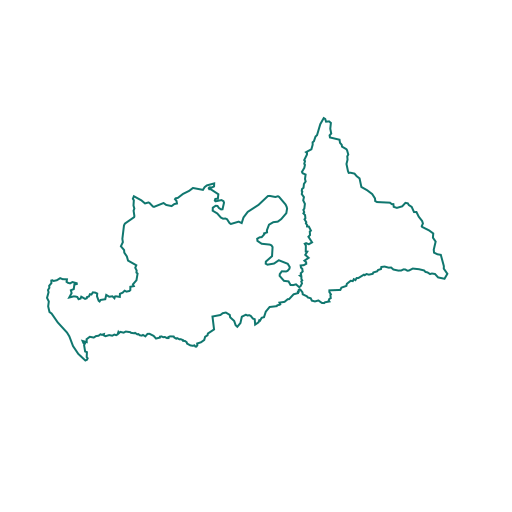 outline of Lehlakaneng, Mafeteng, Lesotho, rotated 288°
{"feature_id": "5366337B94978153293499", "entity_name": "Lehlakaneng", "entity_type": "district", "adm_level": 2, "iso_a3": "LSO", "parent_name": "Lesotho", "parent_adm1": "Mafeteng", "projection": "equal_earth", "projection_center": [27.647, -29.815], "detail": "fine", "context": "isolated", "style": "outline", "palette": "teal", "viewbox_px": 512, "rotation_deg": 288, "n_neighbors": 0, "source": "geoboundaries", "source_scale": "gbopen_adm2", "svg_char_len": 6133}
<svg xmlns="http://www.w3.org/2000/svg" viewBox="0 0 512 512"><g transform="rotate(288 256 256)"><path d="M408.1,277.8L401.3,276.4L389.8,276.7L388.0,275.7L383.0,275.6L381.6,274.7L379.4,275.5L374.6,275.7L370.2,271.5L369.7,272.7L368.2,273.1L362.1,272.2L361.4,273.3L358.6,273.4L357.8,274.4L354.7,274.7L350.2,273.7L349.1,274.8L348.8,278.0L344.4,278.8L342.2,280.2L339.4,279.3L335.6,280.1L333.9,279.1L332.0,279.4L331.6,280.1L329.0,280.4L326.8,283.4L323.5,283.7L320.7,286.4L316.0,287.3L314.5,286.8L312.6,288.3L311.2,287.9L310.1,290.0L307.2,291.3L305.9,290.8L303.7,293.4L302.5,293.3L301.2,295.1L299.9,295.4L300.3,297.2L297.1,300.4L295.9,299.6L292.6,300.9L290.5,299.9L286.3,305.1L283.5,302.6L283.7,299.7L282.7,298.6L281.3,300.2L275.7,301.9L276.0,303.4L272.3,302.5L270.5,306.6L266.5,303.5L265.6,305.6L264.1,306.2L262.0,304.2L260.8,301.4L258.8,302.4L258.2,303.9L255.7,305.2L253.4,303.9L251.7,304.9L250.9,303.9L250.3,305.6L248.1,306.3L247.1,307.5L245.8,306.9L244.2,308.2L241.1,307.7L239.7,306.7L241.4,302.8L239.8,300.3L239.1,297.8L241.9,294.8L241.0,290.3L244.4,284.6L246.2,284.2L249.4,285.3L250.6,289.4L251.6,290.6L254.2,291.7L255.9,291.5L258.4,288.6L259.0,279.0L254.4,275.5L251.3,269.6L251.7,267.6L253.7,267.1L260.8,271.3L269.6,269.0L270.9,267.4L271.1,265.6L269.4,257.6L270.8,252.7L272.8,251.8L274.9,253.7L275.7,255.6L279.3,257.2L280.0,256.7L281.9,259.2L283.8,258.4L289.8,258.7L293.5,262.0L295.4,266.1L298.9,268.6L306.1,271.6L310.7,270.9L312.3,269.9L314.1,268.2L319.4,259.6L319.6,258.4L318.1,256.2L317.4,250.6L316.7,248.8L305.4,242.6L295.4,234.5L288.8,232.2L282.9,232.2L283.3,228.9L278.7,222.2L279.1,220.7L282.0,217.1L282.2,215.4L281.3,213.1L281.7,210.7L284.5,206.0L285.7,200.8L288.6,200.0L291.3,202.1L291.7,203.9L290.2,205.9L289.5,208.4L290.1,209.7L296.8,209.1L298.1,208.1L298.5,205.9L295.5,200.6L296.0,199.7L297.7,199.7L298.8,202.0L303.1,201.1L305.5,192.3L305.1,190.9L305.9,190.1L306.9,190.5L307.5,192.8L309.2,194.6L312.1,193.8L308.0,187.5L305.7,185.9L302.5,185.1L301.2,175.0L297.3,172.3L292.5,167.4L287.1,163.7L286.0,161.7L285.0,161.4L283.8,163.4L281.5,164.6L280.2,162.3L277.4,160.3L276.8,154.8L277.8,151.7L271.2,143.8L271.2,142.7L273.5,138.4L273.7,137.2L271.7,134.2L273.5,129.8L275.1,121.4L272.4,121.2L271.2,122.6L266.1,123.9L263.6,125.6L261.2,125.6L256.4,128.0L255.3,128.1L246.3,121.3L244.3,121.0L231.0,123.6L228.0,125.1L223.5,124.5L220.9,128.7L218.5,129.7L215.7,133.3L212.1,135.7L210.2,145.0L207.5,144.8L205.3,147.0L203.3,147.4L202.7,148.8L196.0,149.8L191.0,147.7L189.6,149.1L187.9,146.0L184.8,147.0L183.6,146.4L182.1,143.8L182.4,141.8L179.9,140.5L178.0,138.3L175.0,139.1L174.4,135.2L173.9,134.4L172.1,134.4L173.3,131.9L171.9,129.0L172.7,125.6L168.3,126.0L166.2,121.8L164.4,121.3L164.8,120.2L168.6,117.2L171.2,116.6L171.5,114.4L171.0,112.1L168.5,111.4L168.4,109.9L165.9,109.6L164.6,107.9L163.5,108.1L162.4,106.7L163.3,102.4L161.3,102.3L160.1,100.6L161.8,98.7L161.7,97.0L161.3,95.2L158.8,91.2L163.7,92.1L166.2,90.5L168.2,92.9L172.7,92.1L174.0,94.2L174.7,93.9L174.5,89.5L172.5,87.6L172.4,85.4L172.9,83.8L175.4,83.4L174.2,79.3L174.4,76.6L171.4,74.1L169.7,71.2L170.0,69.8L169.4,68.9L166.9,69.8L163.8,68.5L161.9,69.3L159.3,68.7L157.5,69.9L151.6,70.2L148.7,73.0L143.9,73.9L138.9,76.9L138.1,79.4L131.6,87.9L124.8,99.9L121.9,103.3L113.8,109.8L108.0,117.2L103.9,126.0L105.1,127.3L106.7,127.5L107.6,126.2L112.3,124.9L112.4,123.0L118.2,120.0L119.8,120.3L119.9,118.8L121.6,117.3L121.8,121.6L124.5,120.6L127.8,122.9L128.3,126.9L130.4,128.6L131.5,130.9L133.5,132.3L133.4,133.7L134.7,135.5L133.5,135.6L133.2,137.6L135.4,140.8L135.8,143.9L137.5,145.6L137.5,147.5L138.7,148.6L141.1,148.6L140.3,149.5L141.9,150.4L142.2,153.8L143.9,155.5L144.7,159.9L144.3,160.9L144.9,164.2L145.5,164.7L144.8,167.4L145.4,168.3L144.7,169.8L145.0,172.0L146.0,172.9L145.4,175.6L148.4,176.9L149.1,178.7L148.4,183.3L146.6,186.4L148.7,189.8L149.6,189.6L150.3,190.9L150.1,192.9L150.8,194.3L150.4,196.7L150.9,198.1L151.8,197.7L153.0,199.1L154.0,202.6L153.2,203.5L152.7,205.7L153.5,206.3L153.1,209.1L153.6,210.0L153.4,212.7L152.8,212.9L153.2,214.9L152.5,216.8L151.4,217.5L150.7,221.2L151.1,223.8L152.0,225.0L151.1,226.4L151.4,227.3L153.0,227.8L154.6,227.1L156.9,230.3L160.1,232.7L163.5,232.6L165.6,234.4L167.4,234.2L173.2,238.8L185.0,233.3L188.9,240.4L191.3,242.0L192.9,244.8L191.9,249.2L189.7,250.4L187.5,255.3L183.9,258.0L182.9,260.1L187.4,261.9L193.9,261.3L197.0,264.5L196.8,266.4L197.6,267.8L197.4,269.5L195.5,272.4L195.5,274.3L190.5,276.4L193.7,278.9L195.9,279.0L195.7,279.8L199.0,280.5L200.3,282.5L206.1,282.5L211.7,284.7L214.7,291.2L215.7,291.5L216.9,293.5L217.5,294.0L218.9,292.7L221.2,297.3L224.7,299.5L225.2,300.8L231.2,303.6L233.7,307.4L235.0,306.9L235.3,307.7L236.9,307.1L237.7,307.7L237.8,308.5L235.8,311.4L234.0,312.3L233.4,316.9L232.6,318.0L232.7,321.1L230.8,322.9L231.0,326.1L233.0,329.1L231.7,333.2L232.3,335.4L233.3,335.9L235.4,339.8L236.1,338.9L237.8,339.0L239.0,340.1L241.9,338.8L242.7,339.1L244.4,336.9L246.0,336.4L249.8,346.7L252.3,347.0L255.5,351.2L257.6,351.0L261.7,353.7L262.0,355.8L264.2,356.2L263.8,358.0L266.1,358.5L266.6,360.1L271.6,364.4L271.3,365.3L273.0,366.7L273.1,369.1L275.1,372.5L276.6,372.7L278.9,376.0L280.4,376.4L282.2,378.9L284.3,378.6L285.7,381.6L285.9,385.8L286.8,388.1L285.6,390.8L286.1,395.8L287.0,398.5L288.9,400.5L289.3,402.2L288.8,404.5L289.4,405.9L292.5,409.0L293.8,415.1L294.2,420.3L293.2,422.1L293.4,424.2L292.6,427.1L293.7,428.7L294.2,431.8L291.9,435.8L292.6,442.3L298.2,443.5L302.0,438.5L304.4,437.8L314.2,431.4L313.7,428.0L314.2,424.3L316.9,423.1L325.2,422.4L328.1,418.6L332.2,417.6L333.8,412.8L335.0,405.0L335.5,404.4L338.5,404.7L340.6,403.2L343.7,398.6L347.4,395.0L346.6,392.7L350.8,388.9L351.7,385.6L353.0,384.1L352.7,381.7L348.4,379.7L345.3,375.1L345.3,371.8L347.8,370.6L347.3,369.1L348.1,366.9L344.7,354.4L345.1,352.4L347.5,351.4L350.8,347.4L352.9,341.3L354.2,334.9L361.8,330.5L363.0,327.1L364.8,324.2L364.4,320.1L363.7,318.5L365.2,317.2L371.5,313.6L375.9,313.3L379.0,312.0L381.0,312.4L384.6,310.0L385.5,309.0L386.6,304.0L388.3,303.1L389.6,300.9L392.4,299.5L391.6,289.7L393.5,288.7L395.7,289.7L400.0,287.3L405.7,286.1L406.6,283.9L405.4,281.1L407.7,279.5L408.1,277.8Z" fill="none" stroke="#0f766e" stroke-width="2"/></g></svg>